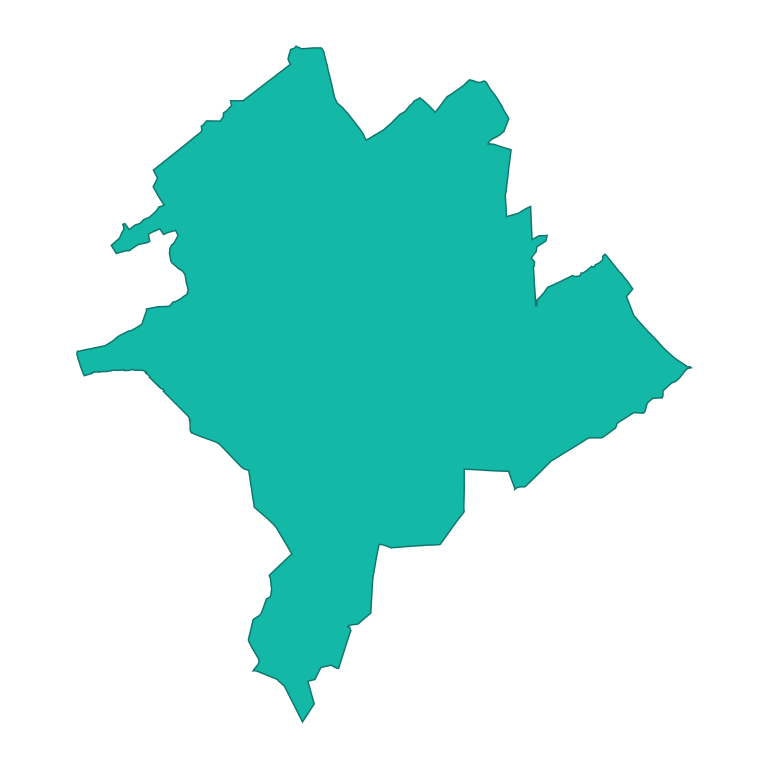 outline of Mežāres pag., Krustpils, Latvia
{"feature_id": "27541924B81623033015716", "entity_name": "Mežāres pag.", "entity_type": "district", "adm_level": 2, "iso_a3": "LVA", "parent_name": "Latvia", "parent_adm1": "Krustpils", "projection": "mercator", "projection_center": [26.221, 56.543], "detail": "fine", "context": "isolated", "style": "filled", "palette": "teal", "viewbox_px": 768, "rotation_deg": 0, "n_neighbors": 0, "source": "geoboundaries", "source_scale": "gbopen_adm2", "svg_char_len": 5996}
<svg xmlns="http://www.w3.org/2000/svg" viewBox="0 0 768 768"><path d="M469.7,79.8L468.0,81.1L464.7,84.3L463.8,85.3L451.8,93.8L447.1,96.7L435.4,112.2L435.2,112.3L430.0,106.7L423.4,100.6L422.0,99.5L420.4,98.6L420.1,97.9L414.5,100.8L411.2,104.7L410.2,105.2L409.0,106.6L405.4,111.1L405.0,111.6L400.0,114.3L390.0,124.4L386.6,127.1L384.2,129.5L375.0,135.0L374.9,134.9L370.0,138.1L366.0,140.1L363.3,134.3L362.9,133.5L360.0,129.2L356.1,124.3L355.7,123.5L354.4,122.0L348.0,113.6L344.7,110.2L343.4,108.4L337.0,102.8L334.5,97.1L333.3,91.9L332.7,88.8L329.1,73.8L329.0,73.7L328.1,70.2L327.3,65.4L326.2,62.0L326.3,61.8L326.2,61.9L325.8,60.2L325.7,60.2L323.7,51.5L321.5,48.0L314.0,47.9L301.7,48.8L298.4,47.3L297.5,47.1L296.1,46.1L294.7,48.0L290.6,49.6L288.8,55.8L288.1,58.9L288.2,59.6L288.6,60.7L290.4,64.3L243.9,100.1L243.9,100.6L239.3,100.8L230.5,100.8L231.6,105.5L226.8,110.7L223.5,112.9L223.3,116.6L220.3,121.1L206.6,120.9L203.1,125.0L201.3,126.1L201.8,130.2L201.8,130.8L199.8,133.0L195.4,136.4L185.5,144.5L153.4,170.1L157.5,178.2L153.2,186.9L157.8,195.1L161.5,201.1L164.1,205.2L161.8,206.2L158.9,206.9L156.3,211.0L149.5,217.2L143.6,219.7L140.0,223.5L135.0,225.1L129.2,229.6L126.5,225.8L125.6,224.7L124.9,223.6L122.8,224.4L123.6,226.6L123.9,229.2L122.3,232.0L121.3,234.0L119.5,238.2L111.3,245.4L116.3,253.5L119.6,252.5L126.6,250.7L128.8,250.8L130.1,250.1L131.6,249.0L135.8,246.1L138.7,244.4L147.1,242.7L149.7,241.4L148.4,234.0L152.1,232.2L159.8,228.8L163.6,234.5L167.6,232.6L175.6,230.4L178.1,235.5L174.8,241.6L173.3,243.9L171.6,244.9L169.9,248.5L169.5,253.5L170.7,260.1L171.4,262.2L171.8,262.7L179.6,269.4L180.8,269.8L183.1,271.8L184.7,274.2L185.3,276.0L186.3,282.7L187.8,287.9L187.9,288.8L188.3,289.4L188.0,291.2L187.3,292.2L187.7,293.4L187.6,293.7L186.1,294.7L185.4,295.4L183.2,296.7L181.6,298.3L174.9,301.9L173.2,302.0L172.7,302.3L172.4,302.9L169.4,306.3L157.8,306.8L146.4,309.0L146.8,309.9L141.7,324.4L135.2,328.4L129.8,331.2L128.9,330.8L118.2,336.4L112.7,341.0L105.1,345.7L82.5,350.4L80.9,350.9L77.3,351.4L76.8,353.8L78.4,360.1L78.8,360.7L81.0,367.9L81.5,368.9L83.2,373.4L84.3,375.7L92.3,373.3L92.0,372.7L93.9,371.9L94.0,372.2L99.0,371.7L99.0,372.1L101.1,371.7L107.7,371.4L111.3,370.7L113.4,370.1L117.2,370.4L122.0,370.1L123.7,369.8L123.9,370.5L126.9,370.5L129.0,370.4L132.6,369.5L134.2,370.1L143.3,370.4L146.1,372.1L145.9,372.1L145.5,372.8L148.2,374.9L149.8,376.7L149.4,377.2L156.9,384.7L157.2,384.4L158.5,385.8L158.2,386.0L161.4,388.8L161.9,388.9L162.3,388.7L164.2,390.6L163.4,391.3L188.1,416.1L189.0,417.6L189.5,418.6L189.9,419.6L190.5,421.2L189.8,420.0L189.4,420.2L189.9,421.4L190.1,423.6L190.1,429.8L190.4,430.9L190.9,432.0L191.7,432.9L191.9,432.7L193.8,433.8L201.7,436.9L215.0,441.7L217.2,442.7L218.5,443.5L220.7,445.4L241.7,467.3L243.1,468.3L244.9,469.2L247.5,470.0L248.9,470.3L248.9,471.5L252.0,491.8L252.8,497.9L253.2,499.9L254.3,507.2L267.8,518.9L273.5,524.4L276.1,527.3L278.7,531.6L281.7,536.8L284.6,541.5L292.0,554.2L290.8,554.8L269.2,575.4L270.3,578.2L271.6,589.0L271.5,590.9L271.2,591.7L270.9,594.5L270.5,596.3L269.9,597.0L269.4,597.4L266.7,598.8L266.3,599.3L264.5,604.4L262.4,610.4L261.6,612.5L260.2,614.8L259.1,615.7L253.8,619.0L253.1,619.9L248.5,639.2L248.5,640.7L251.2,646.2L252.8,649.1L258.6,658.8L259.0,660.3L259.0,661.1L258.9,662.3L258.7,662.9L258.1,664.4L257.1,665.6L254.1,669.4L253.2,670.9L255.0,670.7L256.3,670.9L277.6,679.5L278.2,680.6L284.4,686.1L302.5,721.9L314.2,703.9L307.9,681.2L314.8,679.5L320.9,667.5L331.0,665.2L336.6,668.1L338.6,668.3L346.6,643.2L349.8,633.4L350.9,630.5L350.6,630.4L350.2,630.0L350.1,628.7L350.1,628.1L349.7,627.6L349.0,627.2L347.9,627.1L347.8,626.9L347.8,626.6L348.1,626.2L349.8,625.5L350.2,625.0L357.4,624.2L358.6,623.6L362.4,620.1L370.8,613.1L371.0,608.4L371.3,603.2L372.5,582.3L372.8,578.4L376.4,557.6L378.1,549.0L379.1,544.3L382.9,544.8L390.4,547.4L390.7,547.8L399.4,547.2L401.2,547.0L412.3,546.1L417.3,545.8L423.2,545.5L424.8,545.2L433.5,545.0L439.5,544.6L440.3,544.2L443.0,540.5L457.1,520.8L459.3,518.1L464.2,511.7L463.9,510.6L463.8,505.9L464.0,500.1L464.3,485.3L464.2,484.5L464.2,479.3L464.2,476.4L464.3,469.2L478.1,469.8L484.2,470.2L484.9,470.3L496.3,470.9L508.8,471.3L509.4,474.0L510.0,475.3L510.9,478.0L512.3,481.7L514.9,488.4L514.8,489.3L515.9,488.3L517.6,487.5L519.5,487.0L521.2,486.8L524.2,486.9L524.9,486.7L525.8,486.0L538.5,473.7L550.9,461.2L562.5,454.0L573.3,447.5L588.0,438.3L589.6,437.9L601.4,437.8L602.3,437.5L605.1,435.7L615.4,428.1L615.7,427.5L616.4,426.0L616.9,423.6L619.8,421.5L628.7,415.9L633.1,413.0L634.7,412.6L643.0,413.2L644.3,412.4L645.1,411.0L645.7,408.8L646.0,407.4L647.1,403.5L648.9,401.7L652.4,398.5L656.0,398.1L662.2,397.8L662.9,396.0L663.0,394.8L662.9,391.0L671.0,383.5L671.9,382.9L675.6,381.4L679.6,377.9L684.6,371.4L685.5,370.4L687.3,368.8L688.1,368.4L691.2,367.7L690.3,366.8L687.6,366.8L674.7,358.2L670.3,354.3L663.4,347.9L654.3,337.8L651.8,335.4L645.9,329.3L638.1,320.5L634.7,316.4L633.9,315.8L626.5,296.6L632.8,288.9L631.5,287.2L627.8,281.8L625.6,279.2L621.8,274.2L619.1,271.6L606.4,255.5L605.0,254.2L602.8,256.2L602.6,260.1L598.7,263.2L595.5,264.7L593.8,267.3L591.7,266.3L588.6,269.0L584.8,271.9L582.7,273.1L581.1,273.0L580.4,275.3L578.7,276.2L574.7,276.5L572.4,275.6L558.9,282.3L547.8,287.2L543.7,293.0L541.8,295.0L541.9,295.3L536.9,300.0L536.8,305.2L536.7,305.7L535.7,305.7L534.9,290.7L534.8,290.8L533.4,266.8L534.3,266.2L534.5,261.6L531.2,258.2L534.6,253.5L536.1,251.7L537.0,246.7L545.9,241.0L547.1,235.3L545.8,235.6L539.0,235.8L532.0,239.6L530.6,206.5L526.4,208.4L518.0,213.4L506.5,216.7L506.0,206.2L505.2,195.2L506.0,191.9L507.3,180.6L507.5,179.8L508.4,171.0L511.1,149.9L498.7,146.0L495.4,144.8L492.7,144.1L491.9,144.3L489.8,143.8L488.1,144.3L488.0,144.0L488.8,142.3L490.7,140.1L491.8,139.3L494.6,137.8L497.1,136.6L500.1,134.6L502.8,132.3L504.1,131.0L508.8,118.5L503.2,109.1L502.3,106.8L499.4,102.1L495.4,95.8L490.5,89.5L486.3,82.4L485.7,81.8L484.4,81.1L483.3,81.2L481.9,81.9L479.9,82.4L478.3,82.4L476.3,81.9L473.1,80.6L471.7,80.4L469.7,79.8Z" fill="#14b8a6" stroke="#0f766e" stroke-width="1.5"/></svg>